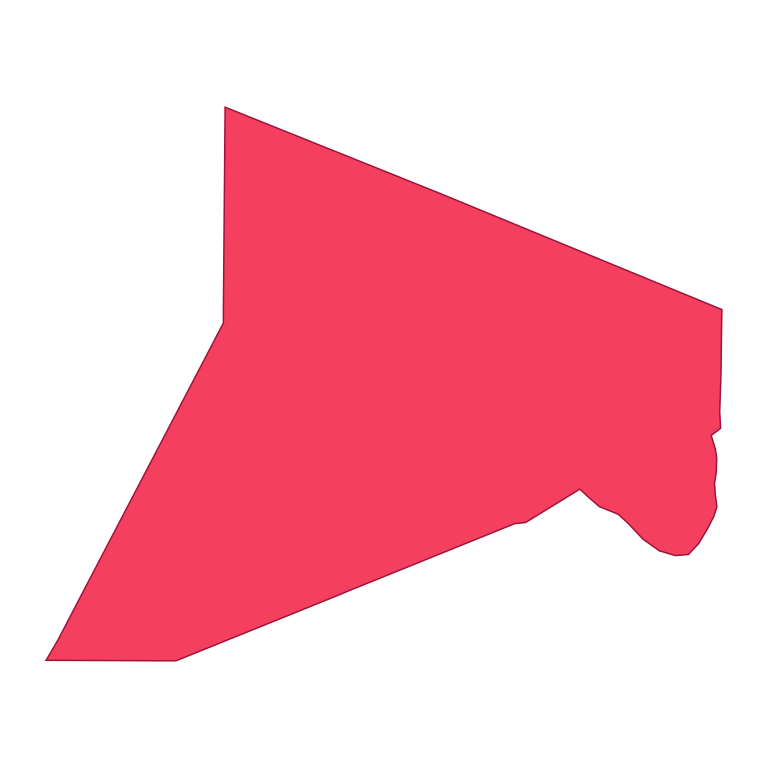 Francinópolis, Piauí, Brazil
{"feature_id": "56859067B56401376312318", "entity_name": "Francinópolis", "entity_type": "district", "adm_level": 2, "iso_a3": "BRA", "parent_name": "Brazil", "parent_adm1": "Piauí", "projection": "orthographic", "projection_center": [-42.191, -6.417], "detail": "fine", "context": "isolated", "style": "filled", "palette": "rose", "viewbox_px": 768, "rotation_deg": 0, "n_neighbors": 0, "source": "geoboundaries", "source_scale": "gbopen_adm2", "svg_char_len": 585}
<svg xmlns="http://www.w3.org/2000/svg" viewBox="0 0 768 768"><path d="M165.0,660.8L175.9,660.8L340.7,594.2L349.4,590.5L514.8,523.6L525.6,522.5L579.8,489.1L588.4,497.1L599.3,506.6L618.4,514.4L628.4,523.6L643.0,539.2L659.3,550.8L675.4,555.6L688.4,554.5L698.7,543.5L707.8,528.2L713.6,516.9L716.9,506.8L715.4,495.6L714.5,483.9L716.3,471.8L716.7,458.0L715.4,449.2L711.2,435.4L720.6,428.3L719.7,411.9L721.0,373.7L721.5,332.5L721.9,309.6L439.6,193.3L225.1,107.2L223.4,309.6L223.4,323.0L80.7,596.3L57.9,640.1L46.1,660.3L165.0,660.8Z" fill="#f43f5e" stroke="#9f1239" stroke-width="1.5"/></svg>